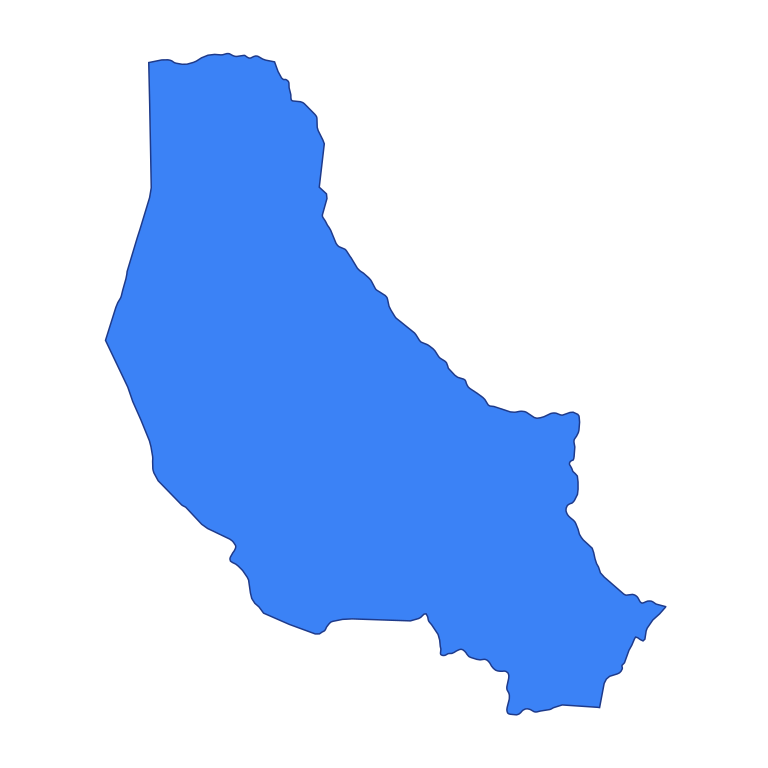 the border of La Rioja, rotated 179°
{"feature_id": "ARG-1302", "entity_name": "La Rioja", "entity_type": "Province", "adm_level": 1, "iso_a3": "ARG", "parent_name": "Argentina", "parent_adm1": "", "projection": "natural_earth1", "projection_center": [-67.822, -29.835], "detail": "fine", "context": "isolated", "style": "filled", "palette": "blue", "viewbox_px": 768, "rotation_deg": 179, "n_neighbors": 0, "source": "natural_earth", "source_scale": "10m", "svg_char_len": 5693}
<svg xmlns="http://www.w3.org/2000/svg" viewBox="0 0 768 768"><g transform="rotate(179 384 384)"><path d="M136.8,126.6L137.9,125.0L140.8,118.5L143.7,113.5L148.4,101.1L150.9,98.6L151.0,97.5L150.7,96.4L150.7,95.1L152.0,92.7L153.6,91.1L155.7,90.1L163.5,87.8L166.8,85.1L169.1,80.8L174.1,56.7L175.9,57.0L211.4,60.0L220.2,57.4L222.8,56.0L224.1,55.6L233.3,54.3L236.7,53.5L238.1,53.4L239.2,53.6L240.0,53.9L242.9,55.7L244.1,56.2L246.0,56.7L247.3,56.7L248.3,56.6L250.3,55.7L250.9,55.3L252.0,54.3L253.0,53.1L254.6,51.8L256.1,51.2L257.4,50.9L263.5,51.6L264.9,52.0L265.8,52.6L266.2,53.2L266.5,54.0L266.7,54.8L266.8,55.6L266.8,56.6L266.5,58.5L264.4,66.1L264.2,67.1L264.1,69.1L264.1,70.8L264.5,72.5L264.8,73.2L266.2,75.9L266.4,76.6L266.5,77.5L266.5,78.4L266.4,79.4L264.5,87.5L264.3,89.5L264.3,90.4L264.5,91.3L264.9,92.5L265.0,92.7L265.2,93.0L266.9,94.4L267.9,94.7L268.9,94.9L270.6,94.7L273.0,94.8L275.1,95.1L276.3,95.5L277.3,95.9L278.5,96.8L279.7,97.9L281.5,100.2L282.9,102.9L284.2,104.6L285.5,105.9L286.6,106.5L287.7,106.9L288.6,107.0L292.7,106.5L296.1,107.1L301.8,109.0L303.1,109.6L303.8,110.0L304.8,111.1L306.2,112.9L306.5,113.6L308.0,115.4L309.7,116.8L310.9,117.3L311.9,117.4L313.4,117.1L316.1,115.9L318.6,114.4L320.7,113.5L321.4,113.4L323.5,113.4L324.8,113.2L326.9,112.0L327.9,111.6L329.7,111.5L331.0,111.9L331.9,112.5L332.2,113.3L332.2,114.2L331.8,117.3L331.8,118.2L332.3,120.6L332.8,126.9L334.2,132.3L334.5,133.0L340.6,142.5L342.6,144.9L343.4,146.1L343.7,146.8L343.9,147.6L344.3,150.1L344.9,151.6L346.0,153.5L348.0,153.2L351.4,150.0L353.5,148.9L361.7,146.7L419.9,149.7L429.5,149.4L439.3,147.6L441.1,147.0L442.2,146.1L443.3,145.0L445.6,142.1L446.1,141.1L446.4,140.4L446.8,139.6L447.2,139.0L447.6,138.5L448.4,137.9L450.0,137.2L452.9,135.3L457.1,135.3L482.9,145.3L508.4,157.0L512.9,163.3L517.0,167.0L518.2,169.0L519.1,170.4L519.6,171.3L520.0,172.0L521.2,177.4L522.8,190.3L524.0,193.0L528.6,200.0L532.8,204.4L535.2,206.4L535.9,206.8L538.7,208.2L540.6,209.6L540.8,210.4L541.1,211.7L540.9,212.7L540.6,213.6L538.1,217.9L537.0,219.3L536.3,220.4L535.3,222.5L535.1,223.7L535.1,224.7L535.4,225.4L537.3,228.4L538.4,229.7L540.9,231.6L562.9,242.6L568.7,246.9L584.4,264.3L587.2,265.8L588.4,266.6L611.5,291.2L615.6,299.1L616.3,301.5L616.6,303.2L616.7,310.6L616.5,313.5L616.6,315.6L618.1,325.4L619.5,331.2L627.7,352.4L635.5,370.8L640.2,385.3L661.7,432.5L650.7,465.5L648.7,470.1L645.9,474.6L645.2,476.3L643.5,482.7L640.2,493.7L639.2,498.3L638.9,500.9L628.2,534.4L625.5,542.3L623.8,547.5L615.1,574.5L613.3,584.2L613.3,611.9L613.4,667.3L613.6,709.5L600.6,711.9L594.4,711.9L592.4,711.5L591.3,711.1L590.4,710.7L588.5,709.3L587.8,708.9L586.4,708.4L580.3,707.2L575.4,707.2L568.9,708.9L566.0,710.1L560.8,713.3L554.3,715.8L547.6,716.5L541.3,715.9L539.6,716.0L535.4,717.1L534.0,717.1L532.8,716.9L529.4,715.0L527.5,714.3L526.3,714.1L525.3,714.1L518.5,715.0L517.7,715.0L517.4,714.9L514.8,713.0L513.4,712.3L512.4,712.2L511.5,712.3L508.8,713.6L506.7,714.2L505.4,714.1L504.5,713.9L503.2,713.2L499.6,711.0L496.7,709.9L487.8,708.0L484.5,698.3L481.1,691.8L479.8,690.6L478.8,690.1L478.0,690.2L477.0,690.2L476.0,689.7L474.6,688.5L474.1,687.6L473.8,686.6L473.7,681.9L472.2,675.3L472.1,674.4L472.1,671.8L471.8,669.8L471.1,669.0L470.2,668.6L462.6,667.7L460.8,667.0L460.1,666.7L458.8,665.7L448.3,654.7L447.2,653.2L446.6,652.0L446.4,650.3L446.3,641.8L445.4,638.5L440.9,629.1L439.5,625.2L445.3,581.9L438.2,575.1L437.8,570.4L442.7,554.0L442.6,552.7L442.3,551.8L439.8,547.9L437.8,543.8L436.1,541.3L434.6,538.6L429.5,525.5L428.2,523.6L427.1,522.5L426.4,522.0L420.8,519.5L419.9,518.7L419.0,517.5L415.6,512.0L414.7,510.8L408.6,500.2L406.5,498.0L405.3,497.0L402.6,495.2L397.2,490.2L395.5,488.2L394.7,486.9L391.3,480.1L390.6,478.9L389.8,478.1L381.2,472.4L380.3,471.4L379.6,470.5L379.3,469.8L378.9,468.2L377.6,461.6L375.8,457.8L371.8,451.0L370.7,449.6L352.6,434.5L351.2,432.7L347.8,427.0L346.9,426.0L346.1,425.2L339.6,422.4L337.9,421.2L334.3,418.3L332.5,416.3L329.0,410.6L328.1,409.5L327.2,408.7L322.6,405.7L321.7,404.8L321.1,404.0L320.0,400.9L319.4,398.6L313.1,391.6L310.2,389.4L304.3,387.5L303.4,386.9L302.7,386.3L302.4,385.6L302.1,384.9L301.7,383.3L300.8,381.2L299.8,379.5L298.2,378.0L290.5,372.7L285.4,368.8L283.4,366.7L280.3,361.4L279.3,360.6L278.3,360.1L274.5,359.6L258.2,353.9L254.2,353.5L252.6,353.6L249.4,354.2L247.5,354.4L246.2,354.3L244.1,354.0L242.9,353.6L241.9,353.1L234.4,347.9L232.8,347.4L231.6,347.1L228.3,347.5L224.6,348.5L217.8,351.6L216.8,351.8L215.6,352.0L213.6,352.0L212.1,351.7L208.3,350.1L207.0,349.8L206.0,349.8L198.5,352.3L195.4,352.5L190.8,350.3L190.3,349.6L189.6,348.6L189.4,346.9L189.1,342.4L189.9,334.4L190.4,332.5L190.7,331.7L192.4,328.5L194.3,325.9L194.8,325.0L195.1,323.4L195.0,322.0L194.3,317.7L195.2,308.1L195.6,306.0L196.2,304.7L196.9,304.4L197.7,304.2L198.4,303.7L199.2,303.1L199.9,301.8L200.0,300.8L199.8,300.0L199.4,299.3L199.0,298.7L197.7,296.2L196.7,293.3L194.3,291.0L192.3,288.6L191.7,282.6L191.8,275.4L192.5,270.2L195.7,264.1L196.9,262.7L198.2,261.6L199.7,261.2L201.4,260.4L202.8,259.3L204.0,256.8L204.2,255.1L204.2,253.8L203.6,251.9L203.2,251.0L202.6,249.9L201.6,248.6L200.2,247.2L197.0,244.5L195.6,242.9L194.7,241.2L192.5,235.4L191.2,230.3L189.5,227.3L187.5,224.6L178.7,216.2L177.3,211.8L176.1,205.7L174.6,200.7L172.7,197.2L170.9,191.4L167.2,187.1L148.0,169.8L146.8,169.1L145.7,168.6L139.2,169.3L138.1,169.0L136.9,168.6L135.3,167.5L134.5,166.7L133.9,165.9L131.8,161.9L130.9,161.0L130.0,160.5L129.2,160.5L127.8,160.9L126.5,161.5L124.3,162.3L122.7,162.4L120.9,162.3L119.8,161.9L118.7,161.3L116.1,159.4L115.1,159.0L106.3,156.5L106.4,156.0L112.4,149.4L119.4,143.3L125.1,135.3L126.2,132.5L127.6,124.3L129.5,122.6L132.1,123.9L134.8,125.9L136.8,126.6Z" fill="#3b82f6" stroke="#1e3a8a" stroke-width="1.5"/></g></svg>